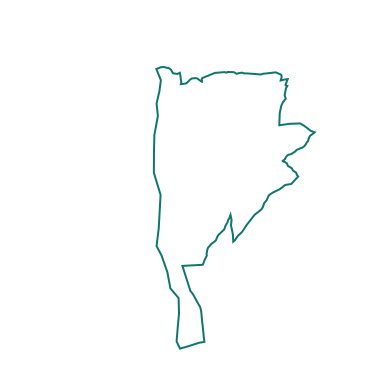 Ga North Municipal, Greater Accra, Ghana, rotated 27°
{"feature_id": "2480657B39319620746428", "entity_name": "Ga North Municipal", "entity_type": "district", "adm_level": 2, "iso_a3": "GHA", "parent_name": "Ghana", "parent_adm1": "Greater Accra", "projection": "albers", "projection_center": [-0.267, 5.712], "detail": "fine", "context": "isolated", "style": "outline", "palette": "teal", "viewbox_px": 384, "rotation_deg": 27, "n_neighbors": 0, "source": "geoboundaries", "source_scale": "gbopen_adm2", "svg_char_len": 3584}
<svg xmlns="http://www.w3.org/2000/svg" viewBox="0 0 384 384"><g transform="rotate(27 192 192)"><path d="M279.6,130.1L278.3,129.5L275.8,127.4L272.4,127.1L271.7,126.6L270.9,126.0L270.5,125.7L270.1,125.7L269.6,125.5L265.5,125.2L263.7,123.4L260.9,123.1L260.1,123.3L258.8,123.4L258.7,123.3L259.6,121.3L259.8,120.7L259.9,119.9L259.9,119.0L259.8,118.5L259.8,118.4L260.5,115.9L261.0,115.1L261.6,114.6L262.7,113.6L263.1,113.1L263.6,112.6L264.3,111.1L264.8,110.4L265.2,109.7L265.4,109.4L265.6,109.1L265.8,108.4L265.9,107.6L266.1,107.1L266.3,106.7L267.5,105.5L268.0,104.8L268.5,104.2L268.9,103.7L269.3,103.3L270.4,102.0L270.8,101.2L271.0,100.7L271.2,100.3L271.4,99.5L271.7,98.2L271.8,96.3L271.8,95.4L272.2,94.0L272.1,93.6L272.1,93.2L271.9,92.4L271.7,91.2L271.6,88.8L272.0,87.6L272.7,86.4L273.7,84.3L274.2,83.1L269.9,83.6L262.0,82.1L257.2,81.8L247.9,87.0L239.5,92.9L234.4,82.0L232.4,74.6L232.3,70.3L232.7,69.3L232.8,67.8L233.2,66.3L232.0,65.1L230.6,63.7L228.6,56.9L228.8,54.3L227.1,54.5L226.8,54.3L226.6,53.4L226.0,48.0L223.1,50.0L220.4,52.4L220.2,51.7L220.0,50.3L219.8,49.3L219.8,49.2L219.6,48.8L219.5,48.5L219.4,48.4L218.8,47.6L218.2,47.0L212.3,47.4L201.5,54.5L200.0,56.0L187.1,61.4L184.4,62.7L182.6,62.9L180.9,63.9L178.1,66.4L174.9,66.2L169.1,69.0L168.9,69.7L168.6,70.0L166.6,70.4L165.8,70.9L158.3,75.5L150.4,84.7L149.6,85.5L149.4,86.2L149.5,86.5L149.5,87.0L149.8,87.6L150.6,88.7L150.9,89.2L150.9,89.3L148.9,89.1L148.0,88.9L147.1,88.8L146.1,88.6L145.0,88.5L144.1,88.7L143.4,89.0L142.6,89.4L142.0,89.9L141.2,90.3L140.8,90.6L140.5,90.8L139.9,91.6L139.6,92.2L139.2,93.1L138.9,93.9L138.8,94.5L138.6,95.1L138.1,96.4L137.6,97.5L137.3,98.1L133.1,101.0L132.5,98.8L130.5,96.2L130.0,95.2L128.3,92.9L127.0,91.3L126.3,92.3L125.1,93.6L121.1,94.8L117.6,92.5L114.5,92.2L113.8,92.6L113.2,92.8L112.5,92.9L111.8,93.0L110.7,93.2L109.9,93.6L109.2,94.0L108.4,94.5L107.7,94.9L104.4,98.6L113.5,106.5L117.2,117.0L120.3,129.3L127.1,139.8L132.6,158.3L140.0,173.7L149.3,192.2L165.3,208.8L178.9,239.6L185.0,256.3L193.7,262.4L206.6,274.8L216.5,287.7L228.2,292.6L235.6,306.2L240.5,318.5L246.1,332.1L252.4,337.0L257.9,331.9L266.9,323.0L271.1,320.0L268.8,316.5L268.5,316.1L266.3,312.7L265.0,310.7L263.9,308.9L263.7,308.7L261.8,305.7L260.4,303.7L259.6,302.4L257.3,298.8L256.5,297.5L254.6,294.5L254.1,293.9L253.5,293.1L252.6,292.0L251.8,291.2L251.2,290.6L250.6,290.2L250.0,289.9L238.9,282.4L235.5,280.9L217.0,262.2L234.6,252.0L234.3,248.3L234.1,247.1L234.1,242.1L234.0,241.8L233.1,240.5L232.8,239.9L232.6,238.7L232.4,238.4L232.3,237.7L232.1,237.4L231.6,235.1L231.6,234.0L232.2,232.3L232.6,230.1L232.9,229.3L234.8,225.6L235.1,224.4L235.2,224.0L235.0,221.5L235.0,221.0L234.9,220.6L234.9,220.3L234.9,219.6L235.1,218.0L235.6,216.7L236.1,215.3L236.2,215.0L236.3,214.7L236.6,213.7L236.9,213.0L237.2,212.1L237.4,211.6L237.7,210.3L237.1,206.7L237.2,206.0L237.2,205.3L237.3,204.3L237.4,203.6L237.3,202.5L237.1,201.9L237.1,201.6L236.9,200.5L237.1,199.1L237.1,198.9L236.7,194.9L240.0,199.1L242.0,204.2L244.8,207.6L247.4,210.9L247.9,211.5L248.2,212.1L251.3,217.5L252.1,215.6L252.4,213.2L252.6,211.7L252.7,210.9L252.8,210.2L253.1,209.3L253.5,208.3L254.2,206.5L254.5,205.5L254.8,204.5L255.1,201.8L255.7,196.3L256.4,193.0L256.8,190.7L258.2,183.6L259.0,182.1L259.2,181.4L260.0,180.0L261.8,175.7L262.0,173.1L261.3,169.2L262.2,165.8L262.0,160.4L262.0,160.2L262.2,159.6L262.8,158.5L263.1,157.8L263.7,156.8L264.7,155.2L265.4,154.3L266.9,152.3L268.2,150.7L268.7,149.9L269.0,149.4L269.3,148.8L270.3,146.8L271.6,144.0L271.9,143.5L272.2,143.3L272.4,143.0L276.8,139.8L278.0,135.5L279.6,130.1Z" fill="none" stroke="#0f766e" stroke-width="2"/></g></svg>